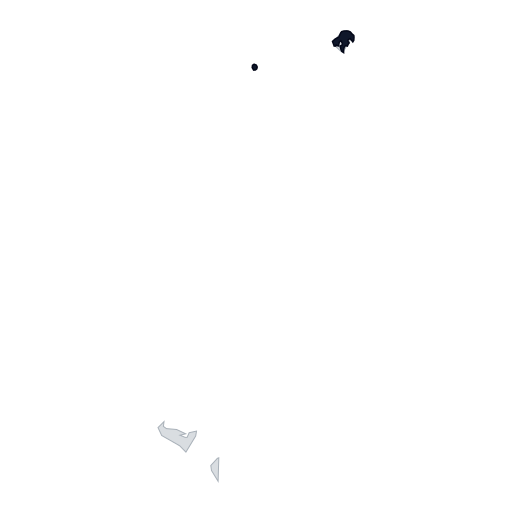 Vava'u on a map of Tonga (Robinson projection)
{"feature_id": "TON-4946", "entity_name": "Vava'u", "entity_type": "state/province", "adm_level": 1, "iso_a3": "TON", "parent_name": "Tonga", "parent_adm1": "", "projection": "robinson", "projection_center": [-174.104, -18.692], "detail": "fine", "context": "in_parent", "style": "filled", "palette": "ink", "viewbox_px": 512, "rotation_deg": 0, "n_neighbors": 0, "source": "natural_earth", "source_scale": "10m", "svg_char_len": 1132}
<svg xmlns="http://www.w3.org/2000/svg" viewBox="0 0 512 512"><path d="M185.2,437.4L187.1,437.4L189.2,432.7L196.5,431.1L195.7,436.0L185.9,452.1L179.7,445.8L161.7,435.5L158.0,427.6L164.0,421.6L163.4,426.4L166.4,428.6L176.6,429.5L185.7,433.8L180.0,435.2L185.2,437.4ZM348.6,42.3L343.5,51.5L341.0,51.4L335.1,46.0L332.9,42.4L342.0,31.6L346.6,30.7L352.9,34.3L352.6,37.5L348.6,42.3ZM218.8,457.8L218.1,481.3L211.5,470.5L210.8,465.5L217.4,458.3L218.8,457.8Z" fill="#d9dde1" stroke="#a8b0b8" stroke-width="1"/><path d="M348.2,31.0L350.3,31.9L351.2,32.9L352.1,34.1L353.8,35.4L354.0,37.1L353.8,40.3L352.8,41.9L350.2,38.6L348.7,39.4L347.9,40.3L348.1,41.5L349.2,42.9L348.1,44.4L347.4,46.1L345.5,45.6L344.2,47.2L343.6,49.9L343.6,52.6L341.9,51.5L341.0,49.7L340.0,46.1L342.1,45.1L342.3,43.3L341.4,41.5L340.8,40.7L339.3,42.2L338.8,44.5L338.2,46.0L336.2,45.0L336.0,45.9L335.6,46.1L335.0,46.0L334.2,46.1L332.5,41.4L335.0,39.1L338.9,36.9L340.8,32.7L341.7,31.6L343.9,31.0L346.4,30.9L348.2,31.0ZM253.6,70.1L252.2,67.6L252.5,65.3L254.1,64.2L256.3,65.1L257.2,67.0L256.8,68.8L255.4,70.0L253.6,70.1Z" fill="#0f172a" stroke="#020617" stroke-width="1.5"/></svg>